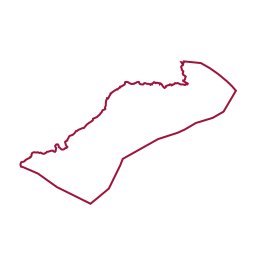 the district of Goma, Nord-Kivu, Democratic Republic of the Congo, rotated 107°
{"feature_id": "63176286B45383896961526", "entity_name": "Goma", "entity_type": "district", "adm_level": 2, "iso_a3": "COD", "parent_name": "Democratic Republic of the Congo", "parent_adm1": "Nord-Kivu", "projection": "equal_earth", "projection_center": [29.189, -1.656], "detail": "fine", "context": "isolated", "style": "outline", "palette": "rose", "viewbox_px": 256, "rotation_deg": 107, "n_neighbors": 0, "source": "geoboundaries", "source_scale": "gbopen_adm2", "svg_char_len": 2950}
<svg xmlns="http://www.w3.org/2000/svg" viewBox="0 0 256 256"><g transform="rotate(107 128 128)"><path d="M196.2,219.1L196.1,217.3L197.9,200.8L205.3,178.7L211.4,141.7L191.5,128.6L165.9,124.5L159.1,124.0L129.8,96.0L118.1,79.2L112.8,73.2L103.4,64.6L93.6,50.0L84.4,41.4L60.8,35.7L57.6,40.8L54.5,46.8L50.1,57.3L46.8,67.4L44.6,77.3L47.9,93.8L48.5,93.6L49.3,93.9L49.3,95.2L49.5,96.2L50.3,95.3L51.0,93.9L52.0,93.9L52.7,94.8L54.0,95.1L55.2,94.2L56.4,93.6L57.1,92.9L57.6,91.7L58.7,91.5L59.2,91.6L60.0,91.6L60.9,90.9L61.4,89.1L62.0,87.8L63.3,87.9L64.8,87.8L66.2,88.2L66.4,89.1L66.9,89.0L67.3,87.5L67.7,85.1L68.0,83.9L68.8,83.9L69.2,84.5L69.0,85.6L69.7,86.1L70.2,86.1L70.3,88.5L70.9,90.1L70.8,91.9L70.5,92.7L70.5,93.7L71.1,94.4L71.2,95.6L71.5,96.3L72.3,96.4L73.2,97.7L73.8,97.9L74.5,98.8L73.9,99.2L74.0,100.7L74.9,101.0L75.4,102.2L76.4,103.4L77.0,104.0L77.7,103.8L79.0,104.7L78.7,105.7L77.7,107.1L76.2,108.8L75.9,109.8L76.8,110.4L76.0,110.9L76.2,113.3L76.6,114.1L77.0,114.7L76.6,115.4L76.6,116.5L77.3,116.6L78.2,117.7L79.3,117.8L79.3,118.8L80.1,119.1L79.8,120.2L79.8,121.4L80.2,122.9L80.1,125.0L80.8,125.9L81.7,126.0L82.2,127.0L82.5,128.7L82.3,129.9L81.4,130.5L80.9,131.0L81.1,132.0L81.7,133.0L82.7,133.8L83.5,135.1L84.0,135.2L84.5,136.4L84.9,137.6L84.8,138.8L84.6,139.9L84.2,141.2L84.3,142.5L84.5,143.4L84.9,144.0L85.3,144.2L86.4,143.9L87.6,144.0L88.1,144.5L88.6,145.1L89.0,145.3L89.5,145.8L89.8,146.0L90.2,146.5L90.8,147.6L91.5,147.3L91.9,147.8L93.3,149.0L94.2,149.2L94.3,150.1L95.5,151.1L96.2,151.7L96.8,152.3L98.0,153.2L99.1,154.0L99.8,154.1L100.1,154.8L101.6,154.8L103.0,155.2L104.2,155.4L105.5,155.6L105.4,156.3L105.6,156.8L106.4,156.5L107.3,156.9L108.3,156.9L109.3,156.8L110.4,156.5L111.7,156.2L113.0,155.8L114.3,156.0L115.8,155.8L116.3,155.3L117.1,155.7L118.3,157.4L119.5,157.7L120.4,157.8L121.3,158.1L122.2,158.7L122.9,158.7L123.6,159.0L125.5,160.3L126.0,160.5L126.8,161.1L129.4,164.2L131.0,163.9L133.7,166.0L134.5,166.8L135.2,167.2L136.0,167.9L137.0,168.5L138.3,169.1L140.9,170.2L141.4,171.4L142.3,172.6L143.5,173.9L144.2,174.9L145.3,175.6L145.9,176.1L146.2,176.9L147.6,177.2L148.6,177.6L149.6,178.2L150.7,178.9L152.6,181.5L153.9,182.0L155.5,182.1L156.7,182.6L157.6,182.4L158.3,182.9L159.1,183.8L159.8,184.1L162.3,182.5L163.3,181.5L163.9,180.5L165.1,181.1L165.6,182.1L166.9,182.9L167.6,183.8L168.0,185.3L166.8,187.6L166.5,188.5L165.6,189.0L165.1,189.3L164.7,189.7L164.4,190.0L164.2,190.3L164.6,191.7L165.5,192.1L166.6,192.4L167.2,192.0L167.9,191.1L168.2,190.8L170.0,190.7L171.1,190.4L172.1,190.8L172.2,192.0L171.7,193.1L171.8,194.2L173.1,196.1L174.0,197.4L174.5,198.6L175.5,199.0L176.3,199.9L177.2,200.7L177.5,202.1L177.1,204.4L177.7,205.1L177.6,207.1L178.0,207.7L178.6,210.2L178.8,211.2L179.5,211.8L180.1,212.4L181.7,212.5L182.6,212.2L183.8,212.3L184.4,213.1L185.3,213.2L187.0,215.2L187.5,215.5L188.3,216.4L189.2,217.0L190.0,217.2L190.7,218.0L191.6,219.5L192.0,220.1L194.0,220.3L196.2,219.1Z" fill="none" stroke="#9f1239" stroke-width="2"/></g></svg>